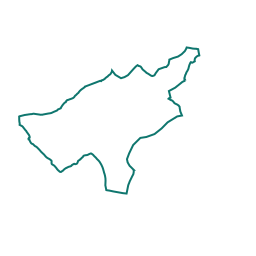 the district of Cas En Bas, Gros Islet, Saint Lucia, rotated 155°
{"feature_id": "8701671B99981007165290", "entity_name": "Cas En Bas", "entity_type": "district", "adm_level": 2, "iso_a3": "LCA", "parent_name": "Saint Lucia", "parent_adm1": "Gros Islet", "projection": "natural_earth1", "projection_center": [-60.932, 14.085], "detail": "fine", "context": "isolated", "style": "outline", "palette": "teal", "viewbox_px": 256, "rotation_deg": 155, "n_neighbors": 0, "source": "geoboundaries", "source_scale": "gbopen_adm2", "svg_char_len": 5898}
<svg xmlns="http://www.w3.org/2000/svg" viewBox="0 0 256 256"><g transform="rotate(155 128 128)"><path d="M56.8,146.8L56.2,148.5L56.0,148.9L55.9,148.8L55.9,149.2L55.3,149.8L54.6,150.8L54.0,151.4L53.9,151.6L53.6,151.9L52.6,152.6L52.4,152.9L52.1,153.1L51.6,153.7L50.3,154.5L48.7,155.7L47.8,156.7L47.0,157.7L45.9,159.0L44.2,160.5L43.7,160.9L43.1,161.1L42.4,160.1L42.0,160.0L39.3,160.2L39.0,161.3L38.1,162.5L37.9,162.8L36.8,163.3L35.3,163.8L34.0,163.9L33.0,163.6L32.7,163.6L31.7,167.7L31.1,169.8L32.2,170.6L32.6,170.8L32.7,171.0L33.6,171.4L35.7,172.6L38.4,174.6L40.8,176.2L41.7,175.3L43.9,173.7L48.2,172.2L52.5,171.6L57.5,172.3L61.6,172.5L61.7,172.2L62.5,171.1L62.7,170.9L63.1,170.3L63.4,169.9L63.8,169.2L64.1,168.9L64.5,168.5L65.1,168.1L65.4,168.0L65.8,167.8L66.1,167.7L67.5,167.1L69.1,167.7L75.4,168.3L79.7,166.0L81.7,164.6L82.5,164.6L83.4,164.7L83.7,164.7L84.0,164.9L84.3,165.1L84.5,165.2L84.9,165.7L85.2,166.0L86.0,167.4L86.2,167.7L86.8,168.7L87.3,169.3L87.4,169.5L87.8,170.0L88.0,170.3L88.1,170.7L88.2,171.0L88.6,171.9L89.3,173.4L90.0,174.9L90.1,175.3L90.1,175.7L90.2,176.3L90.2,176.6L90.4,177.4L90.5,178.0L90.6,178.3L91.1,178.9L91.4,179.2L91.7,179.4L92.1,179.7L92.2,180.0L92.8,180.9L95.0,180.4L98.0,179.2L105.7,175.9L109.7,175.6L113.3,176.1L117.0,181.5L118.2,186.8L118.4,186.5L118.8,186.0L119.1,185.7L119.7,185.2L120.4,184.8L121.1,184.3L121.5,184.2L121.8,184.1L122.3,184.0L122.6,184.0L123.2,183.9L124.5,183.4L124.9,183.2L125.6,183.2L126.7,182.9L127.0,182.9L127.3,182.8L128.4,182.3L128.8,182.3L129.6,182.2L129.8,182.1L130.3,182.1L130.9,182.2L131.7,182.3L132.4,181.8L132.6,181.8L133.0,182.3L133.2,182.5L149.6,183.7L149.8,183.4L151.2,183.1L151.5,183.0L152.4,182.9L153.4,182.7L154.2,182.5L154.5,182.5L154.9,182.3L155.6,182.1L156.0,182.0L156.3,181.8L156.7,181.6L157.0,181.5L157.7,181.1L158.1,180.8L159.1,180.6L159.6,180.5L159.9,180.3L160.2,180.2L161.0,179.9L161.7,179.7L162.0,179.7L162.5,179.5L163.6,178.8L164.5,178.5L164.8,178.4L165.6,178.4L165.9,178.4L166.3,178.4L167.5,178.5L167.8,178.5L168.3,178.6L169.0,178.7L170.1,178.7L170.5,178.8L171.3,179.0L171.6,178.9L171.9,178.7L172.3,178.6L172.5,178.6L173.0,178.2L173.3,177.9L173.5,177.7L174.0,177.8L174.4,177.7L175.2,177.5L176.2,177.1L176.9,176.7L177.2,176.6L177.6,176.4L178.3,176.0L178.6,175.8L178.9,175.6L179.2,175.4L179.9,175.0L180.2,174.7L180.6,174.3L183.8,174.4L184.7,173.9L186.3,173.9L187.9,174.0L191.1,174.0L192.5,174.3L194.1,174.8L199.2,176.1L199.9,176.2L200.5,176.5L201.7,177.0L202.7,177.7L205.5,179.5L206.7,180.3L207.4,180.8L208.0,181.0L209.5,181.3L210.1,181.6L212.6,182.4L213.4,182.6L214.3,182.9L215.1,183.1L215.9,183.4L221.6,184.5L221.8,184.4L221.9,184.1L223.3,181.0L223.3,180.8L223.6,180.1L223.9,179.4L223.9,179.2L224.0,178.7L224.1,178.2L224.9,176.6L224.7,176.4L224.2,175.8L223.8,175.2L223.7,175.0L223.3,174.6L223.1,174.3L222.8,173.5L222.6,172.5L222.2,170.8L222.1,170.2L221.7,168.8L221.5,168.4L221.5,167.5L221.3,166.6L221.0,164.9L220.9,164.5L220.7,163.4L220.7,162.9L220.8,162.1L220.9,161.3L221.3,160.8L221.7,160.9L222.0,160.9L222.8,160.3L222.9,159.6L222.3,159.0L222.4,158.0L222.4,156.8L222.2,155.2L221.8,154.4L221.3,153.9L220.9,153.5L220.2,151.5L219.8,150.7L219.2,150.0L218.7,149.1L218.0,147.1L217.8,146.6L217.4,145.3L217.1,144.4L217.0,143.7L216.7,142.9L216.0,141.1L215.3,139.4L214.9,137.8L214.7,137.1L214.3,136.0L214.0,135.4L213.3,134.3L212.3,133.0L212.0,132.5L211.8,132.0L211.2,130.9L211.2,130.6L211.4,129.9L211.8,129.2L212.2,128.3L212.3,127.6L211.9,126.7L211.7,126.5L211.3,125.9L210.9,125.3L210.6,124.6L210.3,123.5L210.2,123.3L210.0,122.4L209.9,122.1L209.8,121.8L209.8,121.4L209.7,120.8L209.5,120.5L209.5,120.1L209.4,119.8L209.2,119.2L208.8,118.4L208.7,118.1L208.6,117.9L208.5,117.6L208.4,117.3L208.3,117.2L207.8,116.8L207.6,116.6L207.3,116.5L207.1,116.5L206.5,116.6L205.9,116.8L205.6,116.8L205.1,116.8L204.9,116.9L204.4,117.1L204.1,117.2L203.8,117.3L203.2,117.5L202.9,117.6L201.7,117.8L201.2,117.9L200.9,117.8L200.4,117.9L200.1,117.8L199.7,117.9L199.1,117.9L198.3,117.9L197.4,117.8L196.5,117.6L196.1,117.6L195.5,117.6L195.2,117.7L194.8,118.0L194.6,118.1L194.1,118.1L193.6,118.2L193.3,118.2L192.8,118.3L192.6,118.3L191.9,118.3L191.6,117.9L191.3,117.6L190.8,117.4L190.1,117.3L189.7,117.3L189.4,117.3L189.0,117.5L188.8,117.6L188.4,118.0L187.9,118.4L187.4,119.0L187.2,119.1L187.0,119.3L186.6,119.4L186.0,119.4L185.7,119.5L185.4,119.5L185.1,119.6L184.5,119.7L184.3,119.8L184.0,119.9L184.0,120.0L183.5,120.1L183.1,120.2L182.8,120.4L182.4,120.6L181.8,120.6L181.3,120.8L180.9,121.0L180.6,121.2L180.4,121.4L180.2,121.5L179.8,121.6L179.0,121.5L177.7,121.2L177.0,120.9L176.7,120.8L175.8,120.7L174.8,120.7L174.1,120.8L173.4,120.7L173.0,120.7L172.7,120.7L172.2,120.5L171.9,120.1L171.6,119.6L171.0,118.5L170.4,116.5L169.8,115.1L169.5,114.1L169.3,113.2L168.9,112.1L168.6,111.4L168.5,111.0L168.2,110.1L168.0,109.1L167.9,108.2L167.8,107.0L167.7,106.3L167.7,104.0L167.7,103.1L167.8,102.3L167.9,101.3L168.2,99.6L168.3,98.9L168.5,98.0L168.6,97.2L168.7,96.2L169.0,94.6L169.3,93.4L169.8,91.7L170.2,90.8L170.5,90.0L170.9,89.2L172.5,86.1L172.7,85.8L173.9,80.9L173.4,80.5L172.5,79.9L171.4,79.2L167.8,76.5L168.8,77.2L161.7,72.2L160.3,71.2L157.0,69.2L152.0,76.0L151.2,76.8L150.4,77.5L150.0,77.9L149.0,78.9L144.3,82.7L143.2,83.5L142.7,83.9L142.6,84.0L141.4,85.7L140.7,87.2L140.8,88.0L140.6,87.9L142.1,92.0L142.5,92.9L142.5,93.0L142.7,95.0L142.8,96.3L142.8,97.8L142.8,96.6L142.8,97.2L142.1,100.2L137.7,104.5L130.5,110.4L121.0,113.8L115.2,112.1L106.5,111.3L97.7,113.4L89.7,116.4L78.5,117.7L73.8,116.5L73.6,120.8L72.6,124.6L72.3,125.2L72.3,125.7L72.5,126.2L72.5,126.5L72.6,127.0L72.8,127.2L73.1,127.8L73.3,128.2L73.6,128.6L73.8,128.8L74.3,129.4L74.8,130.1L75.1,130.4L75.4,130.9L75.5,131.2L75.5,131.5L75.7,132.4L76.0,133.2L76.1,133.7L76.4,134.1L76.6,134.5L76.9,134.9L77.3,135.1L77.8,135.8L78.3,136.6L78.6,137.0L78.9,137.4L78.5,137.6L78.1,137.6L77.4,137.6L76.6,137.6L75.3,144.2L68.2,144.6L59.2,146.8L56.8,146.8Z" fill="none" stroke="#0f766e" stroke-width="2"/></g></svg>